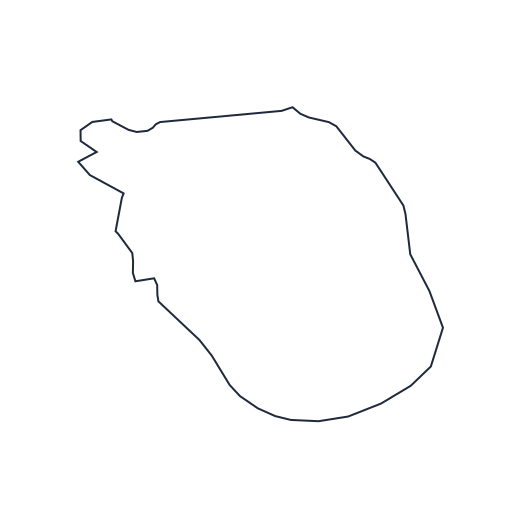 outline of São Tomé, rotated 102°
{"feature_id": "STP-4861", "entity_name": "São Tomé", "entity_type": "state/province", "adm_level": 1, "iso_a3": "STP", "parent_name": "São Tomé and Principe", "parent_adm1": "", "projection": "mercator", "projection_center": [6.595, 0.217], "detail": "fine", "context": "isolated", "style": "outline", "palette": "slate", "viewbox_px": 512, "rotation_deg": 102, "n_neighbors": 0, "source": "natural_earth", "source_scale": "10m", "svg_char_len": 809}
<svg xmlns="http://www.w3.org/2000/svg" viewBox="0 0 512 512"><g transform="rotate(102 256 256)"><path d="M327.7,62.0L350.7,77.6L374.4,103.1L393.9,132.6L404.6,160.5L409.1,187.8L408.6,204.0L404.6,222.6L396.4,242.5L387.7,254.9L362.7,278.5L349.9,293.9L320.7,342.0L314.5,344.4L305.0,346.6L299.0,351.0L305.8,368.7L298.2,372.9L286.8,375.1L278.9,377.6L263.0,395.4L261.0,398.5L226.9,399.3L222.3,398.5L211.4,435.3L200.8,449.5L187.4,433.5L180.0,451.4L169.4,453.8L158.9,444.0L152.5,425.9L154.1,424.5L159.1,406.9L159.5,398.5L156.1,388.1L152.0,383.6L148.0,381.4L144.9,377.6L108.7,261.1L102.9,251.2L107.7,242.1L109.5,233.1L109.9,212.5L112.4,204.4L132.2,180.8L136.3,171.6L137.4,165.0L139.9,158.6L176.0,122.3L183.9,118.5L222.2,105.5L254.2,79.1L287.3,58.2L327.7,62.0Z" fill="none" stroke="#1e293b" stroke-width="2"/></g></svg>